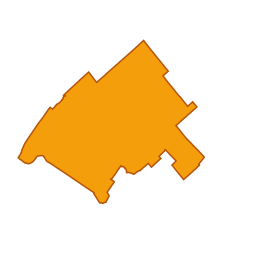 Sadova, Dolj, Romania (Natural Earth projection), rotated 301°
{"feature_id": "2599482B91808724077268", "entity_name": "Sadova", "entity_type": "district", "adm_level": 2, "iso_a3": "ROU", "parent_name": "Romania", "parent_adm1": "Dolj", "projection": "natural_earth1", "projection_center": [23.935, 43.87], "detail": "fine", "context": "isolated", "style": "filled", "palette": "amber", "viewbox_px": 256, "rotation_deg": 301, "n_neighbors": 0, "source": "geoboundaries", "source_scale": "gbopen_adm2", "svg_char_len": 4991}
<svg xmlns="http://www.w3.org/2000/svg" viewBox="0 0 256 256"><g transform="rotate(301 128 128)"><path d="M140.4,208.2L141.4,208.3L142.1,208.4L142.3,208.4L143.3,205.1L145.1,198.9L146.1,194.7L147.6,189.4L147.9,188.0L149.1,183.5L150.0,180.8L153.3,171.9L153.8,170.6L154.7,167.9L157.3,168.7L161.4,169.9L170.3,172.7L181.5,176.2L182.4,173.8L183.2,171.5L183.8,170.0L181.5,169.3L177.7,168.1L177.3,168.0L177.8,166.7L179.6,161.8L180.6,159.0L181.8,156.0L181.8,155.0L182.5,153.2L183.1,151.5L186.1,143.5L186.2,143.0L186.5,142.3L186.8,141.3L187.8,138.5L188.2,137.6L188.6,136.4L189.7,133.9L190.5,131.6L190.7,131.2L190.9,131.2L196.6,133.0L197.4,133.2L197.6,132.9L198.6,129.9L201.9,120.9L203.0,117.8L204.1,114.8L205.2,111.8L206.3,108.9L206.4,108.4L208.3,103.5L210.3,98.2L211.1,96.3L205.4,94.6L199.2,92.8L196.6,92.0L194.6,91.4L183.9,88.0L182.3,87.5L166.1,82.4L159.5,80.4L152.3,78.1L150.9,77.6L151.1,77.0L155.7,65.5L147.8,63.1L146.3,62.6L142.4,61.5L135.2,59.4L131.2,58.2L130.4,57.9L130.0,57.8L129.3,57.7L128.0,57.3L124.0,56.2L123.1,56.0L123.2,56.3L123.3,56.5L123.4,56.9L123.4,57.1L123.4,57.5L122.8,57.6L122.5,56.9L122.4,56.8L122.2,56.7L121.9,56.7L121.6,56.6L121.3,56.7L121.1,56.8L120.8,56.8L120.7,56.7L120.4,56.7L120.3,56.8L120.2,56.8L120.0,57.0L119.8,57.2L119.7,57.3L119.4,57.3L119.2,57.2L118.9,57.2L118.6,57.0L118.4,56.9L118.2,56.8L117.8,56.8L117.6,56.8L117.5,56.7L117.4,56.7L117.1,56.8L116.8,56.8L116.7,56.8L116.4,56.8L116.2,56.7L115.9,56.6L115.3,56.5L114.1,56.1L113.8,56.0L113.6,55.9L113.2,55.7L112.8,55.3L112.7,55.3L112.3,55.2L111.9,54.9L111.7,54.8L111.4,54.8L111.3,54.7L111.2,54.7L110.9,54.7L110.7,54.6L110.4,54.5L110.3,54.4L110.2,54.4L110.1,54.5L109.9,54.5L109.8,54.4L109.7,54.5L109.2,54.4L108.8,54.4L108.7,54.3L108.3,54.4L108.2,54.4L107.7,54.2L107.4,54.1L106.7,53.9L106.4,53.8L105.9,53.7L105.4,53.6L105.4,52.5L105.5,51.5L105.6,50.6L104.9,50.5L103.9,50.4L103.5,50.3L103.2,50.3L102.8,50.2L102.5,50.2L102.4,50.2L97.8,49.9L94.5,49.7L90.9,49.4L88.0,49.0L84.4,48.7L75.9,48.2L72.6,48.0L68.2,47.8L66.6,47.7L64.7,47.6L63.2,47.6L61.6,47.6L61.4,47.6L61.0,47.6L60.3,47.7L59.9,47.7L58.9,47.8L57.9,48.0L55.3,48.3L54.1,48.6L53.3,48.7L52.6,49.0L51.7,49.1L50.3,49.3L49.7,49.5L49.3,49.4L48.8,49.2L48.1,49.2L46.8,49.2L46.0,49.2L45.9,50.0L45.8,50.4L45.7,50.5L45.5,51.7L45.4,53.7L45.5,53.8L45.4,53.9L45.4,54.0L45.3,54.3L45.3,54.6L45.2,54.8L45.1,55.2L45.1,55.3L45.1,55.5L45.2,56.0L44.9,57.3L45.3,58.6L45.4,59.1L45.6,59.4L45.8,59.6L45.9,60.4L46.0,61.0L46.6,61.7L49.3,63.6L50.4,63.9L51.6,64.1L52.5,64.3L53.3,64.4L53.6,64.4L54.8,64.5L55.6,64.5L56.3,64.6L57.0,64.9L57.5,65.3L57.9,65.6L59.4,67.5L59.7,68.0L60.3,68.9L60.3,69.3L60.4,69.5L60.2,70.4L60.1,70.7L59.8,71.0L59.6,71.6L59.3,72.2L59.1,72.7L58.5,73.8L58.2,74.3L58.1,74.5L57.8,75.0L57.6,76.7L57.7,79.9L57.4,86.1L57.1,91.5L56.9,98.1L56.7,99.9L56.7,101.8L56.6,102.7L56.6,103.9L56.4,105.7L56.3,106.5L56.4,107.5L56.2,109.5L56.1,111.5L56.0,113.9L55.9,115.5L55.7,118.0L55.7,118.5L55.5,122.4L55.4,123.4L55.4,124.7L55.3,126.8L55.2,128.0L55.1,130.6L55.0,132.3L54.6,132.4L54.1,132.5L53.6,133.5L53.2,134.4L52.6,135.6L51.9,137.0L51.2,138.3L50.8,139.1L50.2,140.4L49.3,142.1L49.2,142.3L49.8,143.2L50.1,143.6L50.3,143.9L50.4,144.0L50.4,144.4L50.4,145.1L50.5,145.2L50.5,145.3L51.4,145.9L52.1,146.3L52.4,146.7L52.6,146.9L52.9,147.3L53.9,147.2L57.8,147.0L60.2,146.7L60.9,145.5L61.5,144.6L62.3,143.3L62.3,143.2L63.7,143.3L65.1,143.4L70.5,143.7L73.8,144.0L74.9,144.0L75.0,143.5L75.2,139.5L75.5,139.6L76.0,139.9L76.4,140.3L76.9,140.4L78.4,140.5L81.0,140.7L84.4,140.9L86.7,141.0L89.4,141.2L91.6,141.3L91.4,141.6L91.3,142.0L91.4,142.3L91.6,142.4L91.9,142.6L92.1,142.7L92.2,142.9L92.2,143.0L92.4,143.2L92.4,143.4L92.3,143.6L92.2,143.9L92.3,144.1L92.4,144.5L92.5,144.8L92.4,145.1L92.1,145.4L92.2,145.6L92.2,146.0L91.9,146.1L91.7,146.3L91.7,146.6L91.6,146.9L91.6,147.1L91.7,147.3L91.5,147.6L91.3,148.0L91.0,148.4L90.6,148.6L90.1,149.0L89.6,149.2L89.3,149.5L89.0,149.8L89.6,150.4L90.1,151.3L90.7,153.0L91.2,155.7L91.3,156.8L93.4,157.7L95.5,158.6L96.7,159.2L97.5,159.5L97.4,160.2L99.7,160.9L102.3,161.7L105.7,162.9L107.5,163.4L108.1,163.6L107.7,164.7L107.3,165.9L106.5,168.1L106.5,168.3L107.7,168.6L109.0,169.0L109.3,169.0L110.6,169.4L111.8,169.8L113.1,170.2L114.2,170.5L115.6,170.9L118.8,171.9L119.0,171.2L119.6,169.2L121.3,169.6L125.8,170.8L127.2,171.2L127.4,171.2L127.7,171.1L127.9,171.0L128.1,171.0L128.5,170.9L128.7,171.0L128.6,171.6L128.2,172.9L127.7,174.6L126.8,177.6L126.0,180.8L124.8,185.3L124.6,186.1L122.6,185.7L118.8,184.8L118.6,185.6L117.1,189.4L116.0,192.4L114.6,196.3L114.2,197.5L113.7,198.6L113.2,200.3L112.4,202.2L114.7,202.9L115.6,203.2L117.0,203.7L117.3,203.8L117.6,203.9L118.4,204.2L118.7,204.3L118.9,204.3L119.2,204.3L119.4,204.4L120.0,204.6L120.5,204.8L121.0,204.9L121.7,205.2L123.8,205.8L124.0,205.9L125.4,206.1L125.9,206.2L126.0,206.2L126.1,206.4L126.3,206.6L126.6,206.7L127.0,206.8L128.2,207.1L129.2,207.4L130.9,207.8L132.4,208.3L133.0,208.4L133.3,207.2L133.9,207.3L135.3,207.5L136.8,207.7L138.2,207.9L140.4,208.2Z" fill="#f59e0b" stroke="#b45309" stroke-width="1.5"/></g></svg>